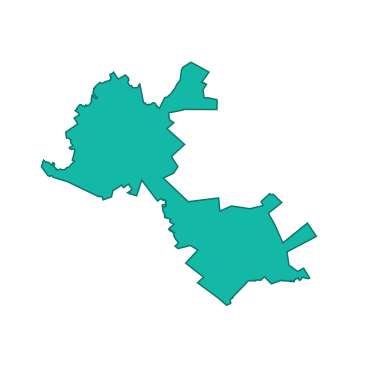 outline of Villa Hidalgo, San Luis Potosí, Mexico, rotated 137°
{"feature_id": "50627088B95617722070364", "entity_name": "Villa Hidalgo", "entity_type": "district", "adm_level": 2, "iso_a3": "MEX", "parent_name": "Mexico", "parent_adm1": "San Luis Potosí", "projection": "orthographic", "projection_center": [-100.656, 22.682], "detail": "fine", "context": "isolated", "style": "filled", "palette": "teal", "viewbox_px": 384, "rotation_deg": 137, "n_neighbors": 0, "source": "geoboundaries", "source_scale": "gbopen_adm2", "svg_char_len": 5942}
<svg xmlns="http://www.w3.org/2000/svg" viewBox="0 0 384 384"><g transform="rotate(137 192 192)"><path d="M108.0,260.8L108.0,261.2L108.6,262.3L108.8,263.8L109.4,263.7L110.3,265.6L97.8,268.1L104.2,287.6L113.2,289.4L116.1,288.7L124.2,282.0L130.2,280.9L131.6,280.3L132.6,279.8L133.9,279.5L134.7,279.3L136.1,279.1L136.6,278.7L137.0,278.7L137.6,278.9L137.8,278.7L138.8,278.7L138.9,278.4L139.2,278.4L139.4,278.2L145.9,278.5L147.6,279.6L158.6,275.4L158.8,276.7L159.5,277.4L159.6,278.1L158.8,278.6L159.0,279.6L159.0,280.2L158.5,281.7L158.8,282.6L159.3,283.6L160.2,284.1L161.7,284.0L162.4,284.4L162.8,284.4L163.1,284.8L163.8,285.1L164.0,285.6L164.5,286.0L164.9,285.9L165.5,286.5L165.7,287.1L165.7,287.6L165.8,288.1L165.5,288.6L166.0,289.9L166.4,290.1L166.4,290.6L156.1,307.3L156.5,306.8L157.0,306.5L158.1,306.5L159.1,305.8L160.1,305.5L161.2,305.8L161.6,306.1L164.4,308.9L163.7,310.9L164.6,311.6L164.9,312.5L164.8,312.8L164.6,315.2L164.3,315.7L163.4,316.6L161.7,316.8L161.7,317.6L160.8,318.9L160.9,323.0L169.0,324.9L167.6,333.1L169.8,333.2L170.5,333.4L171.1,333.8L172.0,333.8L172.5,333.3L172.8,332.4L172.8,332.0L172.9,331.6L173.2,331.4L173.4,330.7L173.5,330.3L173.8,330.2L174.1,330.3L174.4,330.3L175.3,329.9L175.3,329.6L176.6,329.8L179.2,331.4L183.3,332.6L183.8,332.8L184.3,333.3L184.6,335.0L187.5,335.1L191.1,335.0L192.8,334.7L193.2,334.7L193.7,333.9L194.2,334.2L194.0,333.9L196.7,332.1L197.0,325.4L198.6,325.5L198.4,331.1L198.7,331.2L198.9,330.8L199.5,330.6L199.6,330.4L199.8,330.4L199.8,330.2L200.0,330.2L200.2,329.9L200.5,329.9L200.5,329.6L200.7,329.8L200.9,329.5L201.7,329.0L202.0,328.9L202.7,328.1L202.9,327.6L203.3,327.1L203.5,327.2L203.9,327.0L204.6,326.5L205.4,326.3L205.9,325.9L206.7,326.0L207.6,325.8L208.1,325.7L208.7,325.9L209.0,326.6L210.2,326.6L210.4,328.1L212.0,327.7L212.9,329.1L213.3,329.8L213.4,331.4L214.9,332.4L219.2,331.7L219.3,331.0L222.0,331.2L221.3,327.8L221.5,325.6L222.1,325.3L227.7,326.4L229.1,319.7L243.5,321.9L247.0,317.0L245.9,316.0L245.7,315.6L245.4,315.3L245.3,314.9L245.4,314.7L245.0,312.7L246.1,312.2L246.3,311.9L247.0,310.9L247.3,310.0L247.3,308.7L247.2,308.2L247.4,307.9L247.2,307.7L247.6,307.0L251.0,308.2L251.6,307.4L251.8,307.5L251.7,306.6L251.4,306.3L251.4,305.7L251.2,305.3L250.7,305.0L249.2,304.0L248.7,303.4L248.9,303.1L248.9,302.6L249.1,302.4L250.0,302.1L251.9,300.5L253.2,299.7L253.9,299.1L254.7,298.9L255.6,298.2L257.8,297.0L256.8,294.9L262.7,294.4L264.6,294.1L265.9,294.6L267.1,295.3L268.3,295.2L268.9,295.0L269.5,295.3L270.1,295.3L270.7,295.9L270.9,296.2L271.7,296.6L272.2,297.2L272.4,297.5L272.3,298.3L276.1,300.4L276.1,300.9L275.4,301.1L275.8,305.2L274.9,305.1L274.6,305.3L274.6,305.5L274.1,305.6L273.9,305.8L274.0,306.6L273.2,306.8L273.7,308.4L276.4,307.5L276.6,311.4L277.9,312.7L277.9,313.4L278.5,313.7L278.8,316.5L279.9,315.9L280.3,315.8L280.3,315.7L284.9,313.2L286.2,302.1L285.4,300.6L283.4,299.6L283.4,299.3L283.5,297.5L278.4,288.5L276.2,284.9L263.4,252.3L260.9,249.9L262.4,246.9L254.3,243.4L249.6,246.4L249.3,247.0L238.6,244.9L239.1,241.9L233.0,241.1L234.2,234.6L239.6,235.4L238.8,234.1L238.2,233.7L238.9,233.6L239.1,233.4L239.1,233.2L238.2,232.6L237.2,230.7L235.1,227.0L220.7,235.0L223.4,209.0L219.1,208.3L219.1,207.1L218.8,207.2L218.9,206.4L218.7,206.4L218.8,205.4L217.4,205.2L217.2,204.3L217.0,203.2L218.2,203.1L218.2,202.7L219.0,201.2L220.4,201.5L220.6,201.8L221.4,202.2L220.8,201.3L220.2,201.1L220.3,200.6L219.9,199.7L221.6,199.4L222.0,199.7L222.2,200.2L223.0,201.7L223.3,202.2L223.7,201.7L224.3,200.0L224.5,200.0L224.6,199.7L225.0,199.3L225.4,199.1L225.8,198.6L226.2,197.4L226.6,196.8L226.6,196.2L227.2,194.5L227.9,193.7L228.3,193.5L228.4,193.2L228.1,192.7L229.3,192.0L226.0,186.5L226.5,186.1L227.8,186.2L228.7,185.0L227.2,180.7L233.9,181.0L234.1,180.8L234.1,180.7L234.0,180.2L233.5,180.3L233.4,179.9L234.4,180.1L234.6,179.3L234.4,178.6L233.7,178.6L233.4,177.9L233.7,177.9L234.1,177.6L233.3,176.4L233.0,176.6L232.9,176.5L233.6,175.9L233.4,175.0L233.0,174.5L233.7,174.6L234.0,174.3L234.3,173.3L234.9,172.4L235.7,170.8L236.1,168.8L236.3,164.5L236.7,164.5L237.7,164.0L238.7,163.8L240.1,163.9L240.4,164.0L240.6,163.9L240.7,164.0L240.8,163.9L241.3,163.9L240.8,160.2L229.6,153.9L227.3,145.6L245.1,144.3L241.6,121.8L249.9,121.8L245.5,98.6L244.9,95.0L244.0,85.6L239.7,84.2L238.4,85.6L238.2,86.8L237.4,87.2L236.7,87.2L236.4,87.0L235.3,87.1L234.8,87.3L234.4,87.3L234.4,87.1L233.8,87.6L233.5,87.2L233.3,87.4L214.0,88.4L213.7,88.8L213.3,88.9L212.9,88.7L211.1,88.4L210.3,87.9L209.0,86.2L208.7,86.1L207.9,86.2L207.8,85.9L207.4,85.8L207.5,85.5L207.3,85.2L207.5,85.0L207.3,84.8L207.1,84.9L207.0,84.7L206.6,84.2L206.2,84.1L206.1,83.7L204.8,83.7L203.4,82.0L202.8,81.7L202.1,80.9L202.0,80.5L196.8,80.6L196.6,70.7L186.3,66.3L186.3,65.9L186.1,65.3L186.3,65.2L184.6,63.8L184.3,63.1L182.4,61.5L182.2,61.2L181.9,61.1L181.7,60.3L181.7,60.0L181.4,59.7L181.0,59.8L181.0,59.6L180.7,59.3L180.7,59.0L180.4,58.8L180.0,58.9L179.9,59.1L179.8,58.8L179.4,58.7L179.4,58.4L179.2,58.0L179.2,57.9L179.3,57.9L179.2,57.6L178.6,57.3L178.7,56.9L178.1,56.9L177.8,57.3L177.7,57.6L177.2,57.5L177.1,57.8L176.9,57.9L176.7,57.8L176.0,57.6L175.6,57.8L175.3,57.6L174.9,57.5L174.1,56.8L172.9,56.7L173.2,56.2L173.3,56.1L173.5,55.7L173.4,55.1L173.6,54.7L173.5,54.4L173.6,54.0L171.8,53.7L169.9,54.2L169.4,53.8L168.9,53.9L168.3,52.9L167.7,51.4L166.8,50.2L166.0,49.4L164.7,48.8L162.3,60.2L168.9,61.7L171.0,72.4L163.8,82.8L163.6,83.5L131.3,74.7L128.8,90.6L160.3,92.8L153.9,111.1L150.6,124.4L133.6,123.0L134.1,134.9L136.3,136.4L136.3,137.8L146.9,137.9L147.0,138.0L147.3,137.9L147.5,137.7L147.8,137.6L148.2,137.7L149.0,133.4L161.1,140.3L172.6,154.8L184.7,159.0L176.6,169.5L201.4,187.5L203.5,221.8L192.7,218.3L185.1,220.1L182.8,232.0L165.0,231.8L167.1,255.0L167.0,255.5L158.1,255.1L159.2,260.2L158.2,261.1L158.0,262.3L157.8,262.8L156.7,263.2L156.6,264.5L155.7,265.3L154.6,265.5L142.7,258.1L142.1,258.4L117.5,235.3L110.8,242.4L115.6,249.4L118.9,252.7L114.1,259.4L108.6,260.7L108.0,260.8Z" fill="#14b8a6" stroke="#0f766e" stroke-width="1.5"/></g></svg>